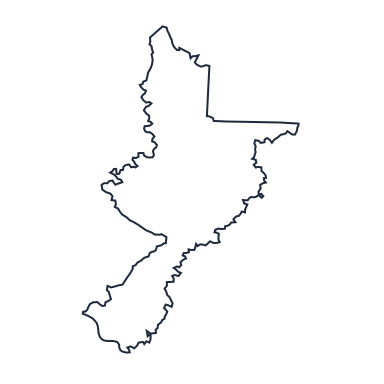 Corbélia, Paraná, Brazil, rotated 183°
{"feature_id": "56859067B16321147741741", "entity_name": "Corbélia", "entity_type": "district", "adm_level": 2, "iso_a3": "BRA", "parent_name": "Brazil", "parent_adm1": "Paraná", "projection": "mercator", "projection_center": [-53.229, -24.737], "detail": "fine", "context": "isolated", "style": "outline", "palette": "slate", "viewbox_px": 384, "rotation_deg": 183, "n_neighbors": 0, "source": "geoboundaries", "source_scale": "gbopen_adm2", "svg_char_len": 4541}
<svg xmlns="http://www.w3.org/2000/svg" viewBox="0 0 384 384"><g transform="rotate(183 192 192)"><path d="M294.8,64.8L289.3,62.9L284.5,60.5L280.6,56.6L279.1,53.3L278.4,49.5L277.9,46.0L276.4,42.5L274.9,40.7L272.7,39.4L269.9,38.8L262.9,39.1L258.9,38.3L256.8,35.8L256.5,32.9L255.2,30.3L252.9,28.9L248.8,28.2L245.8,28.7L246.7,31.4L248.4,33.3L245.2,34.6L241.4,32.9L238.7,35.8L237.5,38.7L234.9,39.4L232.7,39.5L231.7,37.6L229.7,40.5L226.8,39.4L225.8,42.1L225.7,44.4L226.0,48.4L223.7,48.8L220.6,49.4L221.1,52.5L219.3,54.3L219.0,57.6L216.1,60.1L215.1,62.5L212.9,63.9L212.7,66.2L211.4,68.4L210.5,71.3L211.9,72.9L213.9,74.6L212.3,78.2L210.2,77.8L206.4,76.2L205.5,79.7L209.0,85.9L211.4,87.9L212.5,91.2L214.3,93.9L212.1,97.2L212.5,100.7L205.7,101.4L205.7,104.6L207.4,107.1L205.2,108.2L201.1,107.4L198.9,110.6L201.6,111.6L203.7,113.6L206.2,115.2L203.0,116.9L200.9,116.1L198.9,118.5L199.9,121.3L197.2,123.9L194.5,125.3L195.6,127.4L198.0,128.1L197.1,130.6L194.7,130.8L191.9,131.7L192.5,134.5L189.9,134.1L186.8,134.2L185.9,136.6L185.2,140.4L183.6,138.3L181.1,140.1L178.0,140.0L175.6,139.4L173.3,141.7L171.4,143.7L167.6,142.1L164.4,142.5L161.8,143.4L163.1,146.1L163.2,148.9L163.0,151.6L165.3,152.7L167.4,152.9L166.7,155.5L163.9,156.8L159.9,156.6L157.2,157.1L157.1,159.5L155.0,160.0L152.7,161.4L151.3,163.6L149.1,163.8L147.1,164.1L149.2,166.9L146.8,169.8L143.9,170.7L142.3,172.9L141.3,175.1L138.0,174.4L138.1,177.3L136.1,182.5L139.3,183.3L140.6,186.7L138.6,186.5L135.9,186.7L134.5,188.8L132.9,190.1L130.5,189.9L128.3,190.3L125.1,192.4L125.6,195.7L123.7,199.1L124.3,202.8L121.3,204.6L118.8,205.3L120.6,207.3L121.0,209.6L118.9,209.9L119.3,212.4L121.5,214.9L123.7,216.5L124.0,220.3L127.4,220.5L129.6,219.8L131.8,222.4L129.3,224.7L130.0,227.4L133.6,228.3L131.9,229.9L131.2,232.6L130.6,235.1L131.2,238.0L130.8,241.0L132.3,243.8L131.6,247.1L128.1,246.6L125.9,244.6L122.2,245.5L122.2,248.2L119.9,249.8L117.0,248.1L114.8,245.3L112.7,248.5L109.0,251.2L106.3,253.9L103.5,254.5L101.3,255.5L99.9,257.8L97.6,256.3L94.8,254.6L92.1,254.8L91.3,256.8L90.3,258.7L90.2,261.7L89.2,263.7L89.2,265.9L108.0,266.0L161.7,264.2L174.0,264.1L175.1,267.0L179.1,268.5L181.1,268.5L181.1,273.0L181.1,275.2L181.2,297.6L181.2,318.8L184.8,319.4L187.6,318.2L189.7,317.7L193.7,319.3L196.0,321.6L192.7,328.8L195.6,327.9L198.7,327.5L200.4,325.5L201.8,330.6L212.2,335.3L212.2,333.0L214.3,333.0L217.1,335.4L218.5,337.7L219.6,339.9L220.2,342.9L221.7,345.4L223.6,349.5L224.8,351.3L226.0,354.9L230.1,355.8L242.0,344.1L241.5,339.6L242.2,337.3L240.1,335.7L239.1,331.4L238.1,329.3L239.6,327.3L238.9,324.9L238.3,322.5L238.3,319.7L238.6,317.4L239.5,314.3L240.5,312.0L242.0,309.2L242.7,304.9L243.4,301.1L246.4,299.7L247.0,297.3L249.7,296.1L248.2,293.9L245.9,291.7L243.3,290.8L244.1,288.2L246.3,286.2L247.5,284.0L245.3,281.0L242.3,278.9L239.4,279.7L237.2,278.3L239.7,275.8L242.5,274.5L244.4,271.1L241.3,267.5L238.9,266.1L238.5,263.4L239.5,260.5L237.0,259.9L235.2,258.2L237.7,256.1L239.9,255.5L242.7,255.3L243.2,252.6L241.8,250.1L239.5,249.2L237.4,249.6L234.4,247.7L232.4,245.4L234.2,243.3L234.5,240.5L231.6,239.5L229.5,237.0L230.2,234.6L231.9,233.3L233.2,230.8L231.9,226.8L233.2,224.6L236.2,224.2L238.9,224.4L241.8,226.0L242.5,228.3L245.1,228.3L247.6,227.9L247.3,224.3L250.1,222.9L252.6,223.3L253.1,221.0L251.5,219.4L249.8,216.6L247.8,215.1L249.7,213.6L251.9,214.1L254.0,213.5L256.3,216.2L258.3,215.8L260.1,215.1L261.8,213.4L262.0,210.4L264.5,210.2L265.6,206.4L268.2,206.1L269.0,211.1L271.3,210.8L272.6,208.6L274.7,207.1L270.6,205.2L268.9,203.8L267.0,201.4L263.6,200.5L262.1,198.1L266.3,196.5L268.9,195.3L270.5,197.1L272.0,199.3L275.5,198.4L276.9,196.3L280.3,196.2L282.7,194.3L281.7,189.8L278.5,187.7L276.1,186.8L273.5,186.2L271.2,183.7L272.0,179.7L268.2,179.4L267.3,176.2L268.3,173.0L264.9,171.5L262.8,168.3L260.5,165.8L256.1,163.4L252.5,160.5L248.7,158.9L245.2,157.1L243.3,156.0L236.1,151.5L230.2,149.4L226.8,147.5L224.3,147.7L222.1,147.6L220.3,148.3L215.2,145.7L215.4,139.6L217.5,139.2L220.0,137.1L224.2,135.9L224.9,132.4L226.8,130.6L228.9,130.2L231.0,128.9L232.0,125.3L234.4,124.7L237.3,123.0L238.9,121.1L240.7,120.0L242.9,118.5L244.5,116.0L247.3,114.7L247.1,112.3L249.8,107.0L252.3,103.2L256.6,95.8L259.9,95.1L263.8,93.7L267.8,92.5L271.4,93.8L271.9,89.6L269.9,87.9L268.6,84.2L267.3,80.9L268.7,79.5L270.5,78.4L272.6,77.5L273.1,74.0L275.6,73.5L278.1,74.9L280.6,77.1L284.8,76.7L288.1,74.7L289.6,71.5L290.5,68.8L292.2,67.0L294.3,66.9L294.8,64.8ZM226.0,48.4L228.7,45.7L229.9,50.9L226.0,48.4ZM125.1,192.4L122.2,189.9L120.6,191.6L122.9,193.8L125.1,192.4Z" fill="none" stroke="#1e293b" stroke-width="2"/></g></svg>